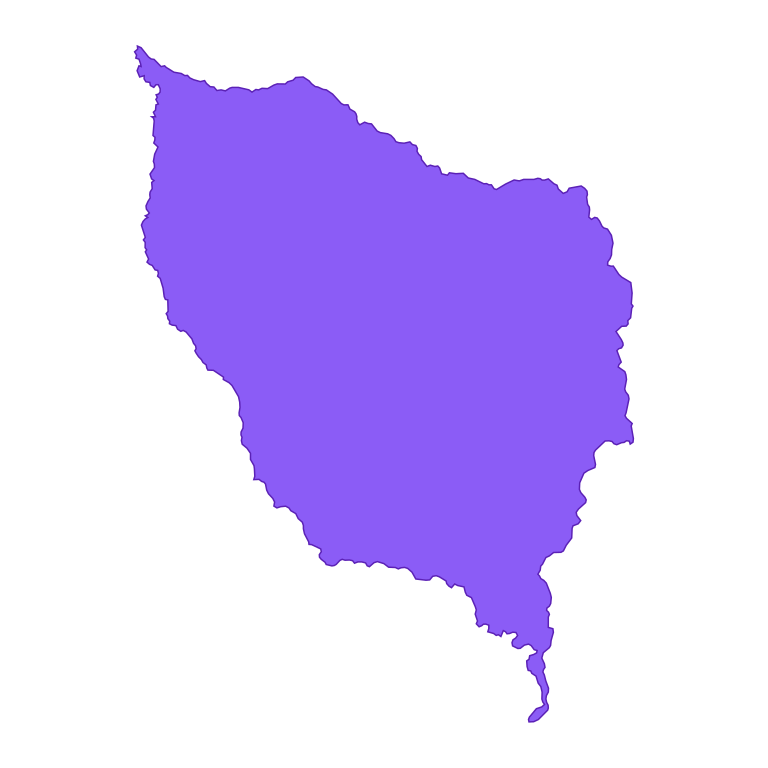 the district of Dois Irmãos do Tocantins, Tocantins, Brazil
{"feature_id": "56859067B267750606795", "entity_name": "Dois Irmãos do Tocantins", "entity_type": "district", "adm_level": 2, "iso_a3": "BRA", "parent_name": "Brazil", "parent_adm1": "Tocantins", "projection": "albers", "projection_center": [-49.064, -9.333], "detail": "fine", "context": "isolated", "style": "filled", "palette": "violet", "viewbox_px": 768, "rotation_deg": 0, "n_neighbors": 0, "source": "geoboundaries", "source_scale": "gbopen_adm2", "svg_char_len": 6063}
<svg xmlns="http://www.w3.org/2000/svg" viewBox="0 0 768 768"><path d="M528.5,719.5L529.0,721.9L533.7,721.7L538.4,719.5L547.7,710.1L548.3,708.0L548.1,705.2L546.6,702.3L545.9,699.0L546.4,695.6L548.3,692.1L548.5,688.2L545.8,680.9L544.3,674.9L542.9,672.0L543.5,669.6L545.0,667.4L544.4,663.8L541.8,658.1L543.3,652.7L549.3,647.7L550.6,645.4L551.1,640.5L553.4,632.3L552.9,628.7L548.3,627.4L548.3,617.0L549.4,614.4L548.5,612.2L546.6,610.4L546.9,608.1L549.4,606.1L550.7,603.5L551.3,597.4L550.3,593.3L546.3,583.1L543.7,580.3L540.8,578.6L539.6,576.1L537.9,574.2L540.2,570.2L540.7,566.1L542.5,564.2L545.9,557.5L549.4,555.9L553.6,552.5L561.0,552.3L563.4,550.9L566.2,545.3L571.7,538.0L572.1,528.4L573.0,525.8L578.2,523.8L580.7,520.6L576.8,515.5L576.2,512.3L578.5,509.0L585.6,502.6L586.2,499.9L584.9,497.3L580.8,492.6L579.4,489.4L579.7,482.8L583.9,473.2L587.9,470.5L594.9,467.5L595.5,464.4L593.7,455.6L594.0,452.5L595.5,450.1L605.1,441.0L609.0,440.8L612.1,441.5L613.9,443.7L616.7,444.7L621.5,442.7L624.1,442.4L626.6,440.7L629.3,441.2L630.2,444.1L633.0,442.2L633.4,438.6L631.2,426.0L632.2,423.5L626.5,418.3L625.0,415.7L626.1,412.7L629.0,398.9L628.3,395.3L625.7,391.9L624.7,389.1L626.5,379.5L625.9,374.8L624.8,371.6L618.2,367.0L618.9,364.7L621.2,362.1L616.9,350.6L618.7,348.7L621.5,347.9L623.1,345.2L622.9,343.0L621.3,339.6L616.0,331.5L621.7,326.3L626.2,326.1L628.1,323.9L627.8,320.6L630.6,317.8L631.7,308.3L633.0,306.1L631.3,303.9L632.1,293.1L630.8,282.6L621.7,277.1L618.9,274.5L613.3,266.1L611.0,266.2L607.6,265.1L607.8,261.8L610.1,258.6L611.5,254.9L611.7,249.5L613.0,243.2L611.4,235.3L607.5,229.1L603.7,227.9L602.0,226.2L599.5,221.0L597.2,218.0L594.7,217.4L591.5,219.4L588.8,217.1L589.6,209.9L589.3,207.0L587.6,204.3L586.6,197.0L587.4,194.7L587.0,191.1L584.6,188.3L581.2,186.0L569.2,188.2L567.1,191.8L563.2,193.4L558.3,189.0L557.0,185.2L554.0,183.8L548.3,178.9L544.6,180.1L542.2,180.1L540.3,178.7L537.8,178.3L534.0,179.4L523.7,179.4L519.3,180.9L514.1,180.0L505.7,184.0L496.5,189.5L494.1,188.8L491.4,184.8L488.9,184.8L486.6,183.6L483.8,183.8L474.8,179.4L468.3,178.0L463.3,173.3L455.9,173.7L449.4,172.8L447.5,175.2L441.6,173.8L439.6,168.0L437.8,166.0L434.9,166.5L430.3,165.2L427.0,166.5L421.6,159.7L421.1,156.6L418.7,154.3L417.0,151.3L417.4,148.4L415.9,145.5L412.4,144.6L409.9,141.9L404.1,143.2L398.9,142.7L395.9,141.7L394.0,138.6L390.9,135.4L387.7,133.8L380.3,132.6L377.1,131.0L371.5,123.9L368.1,123.5L364.6,122.2L359.8,124.8L357.8,122.6L356.7,119.1L356.8,116.5L356.0,113.8L354.6,111.8L349.9,109.1L348.0,104.8L343.9,104.9L341.2,103.5L332.6,94.1L326.4,89.9L323.1,89.4L317.8,87.0L315.2,86.6L311.5,83.7L309.1,80.9L303.2,77.0L295.7,77.5L293.1,80.2L287.7,81.8L285.3,84.0L277.2,83.9L273.8,85.1L267.7,88.6L262.0,88.3L258.6,89.9L255.9,89.5L252.0,92.1L248.8,89.8L238.3,87.4L232.2,87.4L229.8,88.1L225.4,90.9L221.1,89.9L216.9,90.5L213.9,87.0L210.2,86.7L206.4,83.4L204.6,80.6L200.3,81.6L193.6,79.7L189.8,77.9L187.5,75.4L184.8,75.6L181.3,73.5L173.9,72.2L166.2,67.4L164.6,65.8L161.1,66.6L154.1,59.4L151.2,59.0L148.5,57.0L141.1,47.7L137.4,46.1L137.7,49.1L134.6,51.8L136.6,55.1L135.8,58.1L139.0,59.2L140.5,63.5L141.1,66.5L139.0,65.8L137.1,70.7L139.7,77.0L144.2,75.7L144.1,78.9L145.9,81.8L149.8,82.4L150.4,85.5L153.8,87.4L156.0,84.7L158.3,84.7L160.2,88.8L160.1,92.1L158.6,94.0L156.1,94.8L157.3,97.3L155.9,99.4L158.3,104.0L156.0,104.8L155.5,110.2L153.4,112.2L155.5,116.7L151.8,116.8L153.6,118.2L154.2,121.0L153.0,135.5L155.0,137.3L154.8,140.1L153.8,143.0L158.0,147.0L154.7,154.1L153.4,161.4L154.3,163.9L154.5,167.6L150.0,174.1L151.6,178.9L154.0,180.6L151.7,182.4L152.2,188.7L150.1,192.1L149.8,194.7L150.2,197.9L148.0,201.4L146.0,205.9L146.4,209.1L149.3,213.0L147.7,214.7L145.3,215.8L147.8,217.5L145.2,219.0L143.0,221.5L141.4,225.1L145.3,237.4L143.4,239.9L145.2,242.3L145.1,247.7L146.7,249.9L145.3,251.8L148.6,259.0L147.0,262.1L149.5,264.3L152.2,265.4L155.1,269.9L157.7,270.4L158.4,273.4L157.6,276.2L160.2,278.4L163.1,288.2L164.2,296.7L165.4,299.4L167.8,299.9L168.1,311.4L166.2,313.7L167.5,315.8L167.9,318.7L169.7,321.1L169.4,323.7L172.1,325.1L175.9,325.6L177.6,329.2L180.8,331.3L183.2,330.4L186.1,332.0L191.9,338.9L193.6,343.4L195.6,345.8L196.1,348.7L194.9,350.8L196.3,353.4L198.6,356.8L201.3,359.5L203.0,362.5L206.2,364.9L206.8,368.0L207.9,370.1L213.4,370.3L223.5,377.1L223.3,379.5L229.1,382.7L232.0,385.5L238.5,396.6L239.7,402.1L240.0,407.4L239.1,412.9L239.3,415.6L241.0,417.5L243.2,422.7L243.0,428.2L241.1,432.0L241.0,434.9L242.0,437.3L241.4,440.6L242.2,444.2L247.0,448.2L250.5,453.3L250.5,459.5L254.0,465.6L254.4,468.7L254.8,476.3L253.8,479.6L259.1,479.4L261.6,481.4L264.0,482.2L265.5,484.0L266.7,490.1L268.5,493.8L272.8,498.4L274.6,502.0L273.9,506.1L276.9,507.9L280.7,506.7L285.7,506.2L289.0,508.0L290.8,510.7L295.8,513.6L298.2,518.6L302.3,522.2L303.4,525.5L303.4,528.8L304.5,533.8L308.7,541.9L309.0,544.4L311.6,544.6L320.7,548.9L321.3,551.7L319.3,554.7L319.5,557.2L321.2,559.3L325.1,562.3L326.2,564.5L331.9,565.9L334.3,565.5L336.2,564.4L339.9,560.4L342.2,559.3L345.0,560.2L349.4,560.0L352.6,560.7L354.5,563.2L357.9,561.9L361.7,561.9L365.6,562.9L367.2,565.8L369.4,566.7L374.0,562.7L377.4,561.6L383.9,563.6L388.6,567.2L395.4,567.5L398.3,568.9L400.9,567.8L404.6,567.4L407.7,568.4L412.0,572.2L415.8,579.0L426.0,580.2L429.7,579.9L432.7,576.3L436.2,575.7L439.3,576.8L446.1,581.0L446.7,583.6L448.9,586.1L451.5,587.7L454.7,584.0L457.6,585.5L464.0,586.9L465.3,592.2L466.8,595.3L471.4,597.6L475.3,606.7L476.3,609.9L475.2,614.1L477.5,621.0L476.3,623.8L479.1,626.8L481.7,625.7L483.4,624.2L485.8,624.1L488.8,625.2L488.8,628.5L487.8,631.8L493.7,633.5L496.2,635.4L498.4,634.7L500.9,636.5L503.3,630.6L505.5,631.7L507.0,633.8L509.6,633.5L512.7,632.2L516.0,632.5L517.6,635.5L515.6,638.1L513.0,639.8L512.0,642.7L512.6,645.9L517.9,648.5L520.3,648.3L524.4,645.1L528.6,644.1L531.2,645.6L534.2,649.7L537.1,650.5L536.6,652.9L533.7,654.5L529.7,655.7L529.0,659.3L526.7,660.9L527.1,666.6L528.2,670.4L530.7,670.9L531.8,673.3L536.0,676.1L538.2,683.2L540.8,686.5L542.1,692.1L541.9,699.1L542.8,702.0L544.5,704.4L541.8,706.9L536.4,708.7L529.4,717.1L528.5,719.5Z" fill="#8b5cf6" stroke="#5b21b6" stroke-width="1.5"/></svg>